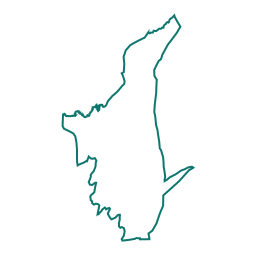 Kolahun, Lofa, Liberia
{"feature_id": "62588387B25205457381815", "entity_name": "Kolahun", "entity_type": "district", "adm_level": 2, "iso_a3": "LBR", "parent_name": "Liberia", "parent_adm1": "Lofa", "projection": "equal_earth", "projection_center": [-10.197, 8.109], "detail": "fine", "context": "isolated", "style": "outline", "palette": "teal", "viewbox_px": 256, "rotation_deg": 0, "n_neighbors": 0, "source": "geoboundaries", "source_scale": "gbopen_adm2", "svg_char_len": 4363}
<svg xmlns="http://www.w3.org/2000/svg" viewBox="0 0 256 256"><path d="M149.4,239.2L149.4,238.5L149.1,236.7L148.5,233.5L152.3,230.7L156.4,223.6L159.9,213.4L163.1,205.6L163.3,195.4L179.1,181.2L185.1,174.5L189.0,170.2L193.1,167.9L193.4,167.6L191.9,166.7L187.9,167.5L185.0,169.1L180.8,170.7L175.7,174.3L169.8,177.3L166.7,179.9L164.6,181.1L164.6,179.9L164.7,179.1L165.2,176.7L164.7,172.9L164.1,168.8L163.7,167.2L163.5,161.8L163.1,157.1L162.3,154.5L161.1,150.3L159.8,148.4L159.2,141.6L158.1,134.7L158.0,134.4L157.5,130.1L156.1,125.0L156.0,124.4L155.2,116.1L154.3,112.1L154.7,105.3L154.9,103.4L155.1,101.9L156.1,93.6L156.2,93.0L156.4,86.0L156.5,84.4L156.5,84.2L156.6,81.5L156.8,79.7L154.4,75.9L154.4,75.2L154.2,70.0L156.2,65.8L157.7,62.8L157.9,62.6L158.5,61.3L158.8,60.8L161.0,59.2L162.4,54.6L166.6,46.9L167.4,45.5L167.9,44.6L169.6,42.4L171.0,40.6L172.4,38.7L173.1,37.8L175.9,34.0L176.9,32.7L178.3,30.2L179.5,28.2L180.4,26.6L178.0,22.8L174.8,17.1L174.3,15.4L173.4,16.3L172.0,17.8L170.3,18.9L169.6,19.5L169.0,22.0L168.4,22.6L167.4,22.1L166.2,23.1L165.7,24.1L164.6,24.8L164.2,25.3L163.6,26.2L163.5,27.7L162.0,27.7L161.3,28.6L160.2,28.8L159.1,28.7L158.0,29.7L157.8,29.8L156.2,31.1L153.7,30.7L152.8,32.6L150.7,32.6L149.8,33.3L148.4,33.0L148.4,32.2L146.9,34.4L144.7,37.6L143.5,38.2L143.2,38.3L138.9,40.4L138.5,40.6L135.5,42.2L132.9,43.6L130.5,45.0L130.3,45.1L130.0,45.5L128.6,47.1L125.8,50.3L125.7,50.4L125.3,51.7L124.8,53.4L123.8,56.2L123.7,56.6L123.6,57.0L124.0,60.9L124.3,63.3L124.3,63.7L124.1,67.2L124.0,69.1L123.9,69.8L123.8,72.1L121.7,73.3L122.3,74.5L123.1,76.1L123.2,76.6L124.6,81.3L124.2,83.9L123.1,85.0L121.9,86.2L121.6,86.6L119.6,89.0L117.8,91.1L117.1,91.9L113.8,94.8L112.4,95.9L111.0,97.6L108.7,100.2L108.1,100.8L107.5,102.1L106.9,103.6L106.5,104.5L106.0,105.5L105.8,105.7L105.0,106.4L104.0,106.8L103.4,106.9L103.2,106.8L103.0,106.7L102.5,106.1L102.6,105.3L102.2,104.8L101.7,104.8L100.6,105.1L100.2,104.8L99.4,105.3L99.0,105.5L98.3,105.9L97.9,106.8L98.3,107.6L98.6,107.7L99.5,107.1L99.4,107.7L99.0,107.9L98.4,108.0L98.1,108.6L98.5,108.7L99.1,108.6L99.3,108.9L99.2,109.6L98.8,109.4L98.3,110.2L98.2,110.7L98.1,110.9L97.9,110.7L97.7,110.1L97.2,109.3L97.5,109.0L97.7,108.5L97.4,107.8L97.5,107.3L97.2,106.9L97.3,106.3L97.0,106.2L96.7,105.3L96.3,106.0L96.0,106.7L95.8,106.1L95.6,106.5L95.1,106.6L94.9,107.0L94.1,107.2L93.3,107.1L93.1,107.1L92.7,107.2L92.8,108.0L92.6,108.6L92.7,109.0L92.3,109.1L92.5,109.6L92.2,109.7L92.1,110.3L91.7,110.7L91.6,111.5L91.1,112.0L90.4,112.3L90.1,113.3L89.9,113.4L89.4,113.8L89.5,114.6L89.3,115.4L88.8,116.0L88.3,115.8L87.5,115.3L87.3,115.9L87.0,116.2L86.6,116.7L85.9,116.7L85.4,117.1L84.7,117.1L83.9,116.6L83.4,115.7L83.4,115.8L82.1,115.3L81.0,113.6L80.0,113.5L80.1,112.5L78.9,112.6L78.7,111.3L78.1,111.5L77.9,111.6L77.6,111.2L76.0,111.6L75.3,112.4L75.5,113.1L74.6,114.2L74.8,114.9L75.9,115.1L75.1,115.9L74.0,115.6L73.0,116.1L72.3,115.7L70.6,116.2L69.6,116.1L68.5,116.1L67.9,115.9L66.7,116.2L66.0,116.0L65.7,115.3L65.0,114.3L63.8,114.9L63.8,114.1L63.0,114.5L62.6,126.1L64.0,128.7L67.2,130.2L70.7,132.0L73.4,133.5L74.4,135.1L74.5,135.2L75.3,136.3L76.4,142.2L77.0,149.7L77.0,157.9L77.1,162.0L77.6,165.4L78.5,164.8L84.4,162.3L85.4,161.6L85.9,161.3L86.5,160.9L87.0,161.2L88.3,157.8L88.7,156.6L88.9,156.8L91.3,158.7L92.3,158.7L93.1,158.7L94.8,158.1L96.2,160.3L96.4,160.6L95.8,162.6L95.5,166.6L93.7,171.2L91.4,173.8L90.7,175.3L90.8,176.8L89.6,180.0L88.7,182.1L89.1,182.8L89.8,184.5L92.0,185.1L95.2,182.7L96.2,182.8L95.3,186.4L94.9,188.5L94.3,192.2L92.6,193.9L92.5,194.0L91.5,194.6L90.7,195.6L90.3,196.3L90.8,200.3L91.2,200.6L92.1,201.3L92.1,202.4L92.1,203.0L92.6,203.5L93.6,204.3L93.9,204.6L95.8,203.7L97.9,204.1L98.7,204.8L99.3,205.3L99.3,205.5L97.7,213.7L97.8,213.6L97.7,214.4L98.5,214.3L99.2,213.4L101.7,210.7L101.9,210.1L102.3,209.4L103.1,208.9L104.9,207.5L105.6,208.2L105.7,208.4L106.1,209.3L108.3,208.2L109.4,208.0L109.9,208.9L110.0,209.0L108.7,211.5L107.9,213.2L108.2,214.6L108.5,215.2L110.1,217.8L111.4,219.3L113.5,218.5L115.0,217.9L118.1,214.9L119.8,214.7L119.9,215.4L120.0,215.8L119.6,216.9L119.8,219.2L118.9,223.4L119.0,226.4L120.3,227.8L120.8,227.5L121.8,227.1L123.8,228.1L124.7,231.2L124.4,232.8L123.8,235.8L121.7,239.1L121.8,239.4L122.2,240.2L122.4,240.6L128.0,240.0L134.7,238.9L136.4,238.0L136.9,238.1L139.6,238.4L139.8,238.3L139.9,238.9L140.0,239.3L141.3,239.3L149.4,239.2Z" fill="none" stroke="#0f766e" stroke-width="2"/></svg>